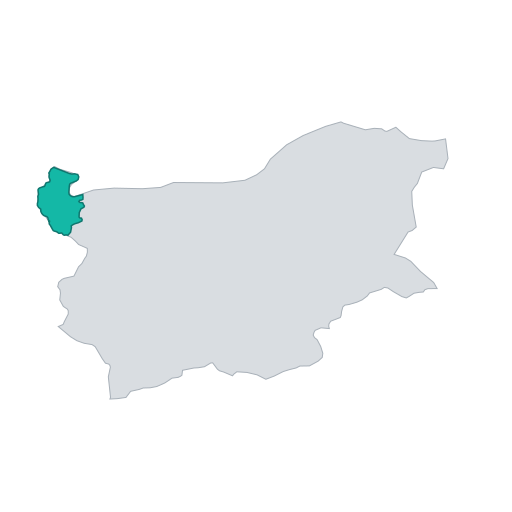 where Vidin sits in Bulgaria, rotated 350°
{"feature_id": "BGR-2253", "entity_name": "Vidin", "entity_type": "Province", "adm_level": 1, "iso_a3": "BGR", "parent_name": "Bulgaria", "parent_adm1": "", "projection": "robinson", "projection_center": [22.659, 43.807], "detail": "fine", "context": "in_parent", "style": "filled", "palette": "teal", "viewbox_px": 512, "rotation_deg": 350, "n_neighbors": 0, "source": "natural_earth", "source_scale": "10m", "svg_char_len": 3702}
<svg xmlns="http://www.w3.org/2000/svg" viewBox="0 0 512 512"><g transform="rotate(350 256 256)"><path d="M428.7,319.5L419.6,318.0L416.5,318.5L414.5,320.5L410.3,320.1L405.1,320.1L399.7,322.4L396.7,323.4L392.6,321.3L385.0,314.9L380.3,310.4L376.9,309.2L373.5,310.6L361.4,312.1L358.6,314.7L353.0,317.6L347.4,319.0L339.3,319.9L335.0,319.8L332.7,321.2L330.7,325.4L329.4,329.5L328.3,331.2L318.2,333.2L316.0,335.6L315.4,337.9L315.6,340.2L307.5,338.0L301.3,339.5L299.9,341.2L298.6,343.8L299.4,346.5L301.7,349.1L304.0,356.3L304.9,363.4L303.6,367.4L299.0,370.3L289.5,373.5L280.1,372.0L276.1,373.2L269.2,373.7L262.8,374.5L253.1,377.4L244.3,379.1L236.4,373.2L226.9,369.1L217.0,366.7L213.6,368.5L212.1,369.9L203.9,364.6L200.1,362.7L198.3,360.7L194.8,353.7L192.8,353.5L186.0,356.1L179.5,356.0L175.5,355.5L163.8,355.8L162.3,360.6L160.8,361.3L158.3,362.0L152.1,361.7L144.1,365.2L135.6,367.3L128.9,367.4L122.0,366.4L117.9,367.1L109.0,367.5L103.4,372.7L94.7,372.4L87.3,371.5L88.2,369.9L89.6,349.3L93.3,340.2L93.1,338.3L92.3,336.9L89.1,335.4L86.8,330.5L81.9,317.4L79.2,314.8L71.6,312.1L64.9,308.3L59.3,303.3L49.0,291.1L54.2,289.9L55.8,287.4L61.0,280.6L61.6,277.3L61.0,275.5L57.5,272.2L55.1,265.2L57.0,258.6L57.1,255.2L55.4,251.8L57.2,247.6L60.9,245.3L63.3,244.7L73.2,244.2L79.4,235.8L83.2,233.2L87.1,228.4L88.9,226.7L90.6,223.0L91.2,219.2L83.3,213.9L80.7,209.9L77.2,205.5L72.5,202.5L63.1,197.3L59.4,192.0L57.7,185.1L55.2,179.9L52.5,176.6L52.0,173.8L50.8,170.4L50.6,163.8L52.8,154.9L54.2,151.8L57.4,151.0L65.9,146.2L66.3,140.2L67.9,136.5L70.6,134.3L73.1,132.9L77.7,136.4L89.0,142.0L94.5,146.0L94.2,148.5L91.6,151.0L86.7,153.5L83.9,156.7L83.1,160.7L83.8,163.6L87.2,166.0L107.5,162.8L128.0,164.5L155.7,170.0L174.0,171.9L187.5,169.3L212.5,173.9L235.9,178.2L258.3,179.5L270.8,176.1L279.5,171.6L287.0,163.1L305.5,151.8L323.5,145.5L347.2,140.4L363.0,138.7L365.2,140.4L385.6,150.7L394.6,150.8L401.9,152.6L404.6,155.3L406.5,156.0L416.1,153.5L420.5,159.1L427.4,167.0L438.9,171.1L449.1,173.4L452.3,173.8L463.0,173.6L462.0,193.4L455.9,202.7L446.1,199.6L433.8,202.1L427.5,212.6L423.9,215.7L420.6,219.4L418.8,233.0L418.8,255.3L414.2,258.0L409.9,258.8L392.3,278.4L402.8,283.9L407.5,288.1L415.3,299.8L426.4,313.0L428.7,319.5Z" fill="#d9dde1" stroke="#a8b0b8" stroke-width="1"/><path d="M64.5,147.4L65.6,147.2L66.4,145.9L66.4,145.2L66.0,143.4L65.9,142.6L66.0,141.7L66.7,139.3L66.5,139.0L66.4,138.6L66.5,138.1L67.7,136.9L68.8,135.4L69.3,134.8L72.2,133.6L86.4,142.3L88.8,143.3L91.8,143.6L93.1,144.2L94.6,144.8L95.2,147.3L94.1,149.8L91.8,151.0L90.4,151.2L87.7,151.9L86.4,152.1L85.0,152.9L84.3,154.7L82.7,160.9L82.7,162.8L83.6,164.3L85.2,165.6L87.3,166.1L96.1,165.4L95.8,168.3L95.3,170.2L93.6,170.6L92.0,170.5L91.0,171.7L92.0,172.8L93.3,173.1L94.6,173.6L95.0,175.3L95.7,177.0L95.0,178.1L91.8,179.2L89.5,182.5L88.5,186.9L89.3,188.1L90.7,188.4L91.1,190.0L90.6,191.3L86.8,192.4L83.0,192.8L80.5,193.6L79.2,194.3L79.2,196.0L77.5,200.4L74.4,202.9L74.0,202.7L72.9,202.3L72.3,202.2L71.0,202.3L70.4,202.0L70.0,201.7L69.8,201.5L69.1,200.1L68.6,199.6L68.0,199.5L66.6,199.5L65.8,199.4L65.2,198.9L64.3,197.8L63.8,197.4L61.6,196.4L60.7,195.7L60.1,194.1L58.8,190.2L58.0,188.7L58.0,188.3L58.0,187.9L58.2,187.5L58.3,187.2L58.3,186.8L58.2,186.6L58.0,186.4L57.9,186.0L58.0,185.7L58.2,185.4L58.3,185.4L58.2,185.3L57.7,184.3L57.7,182.4L57.2,181.3L56.5,180.7L54.6,179.7L53.8,179.0L53.2,178.2L52.6,177.2L52.2,176.1L51.9,175.0L51.9,174.3L52.1,173.0L52.1,172.3L50.4,170.5L49.5,168.2L49.8,166.4L50.7,164.5L51.3,162.0L51.5,159.5L51.7,159.1L52.3,158.0L52.5,157.7L52.6,156.4L52.7,154.0L52.8,153.0L53.6,151.9L55.1,151.3L57.2,151.0L58.3,150.8L59.7,150.8L60.5,149.9L61.0,148.8L61.7,147.7L63.1,147.3L64.5,147.4Z" fill="#14b8a6" stroke="#0f766e" stroke-width="1.5"/></g></svg>